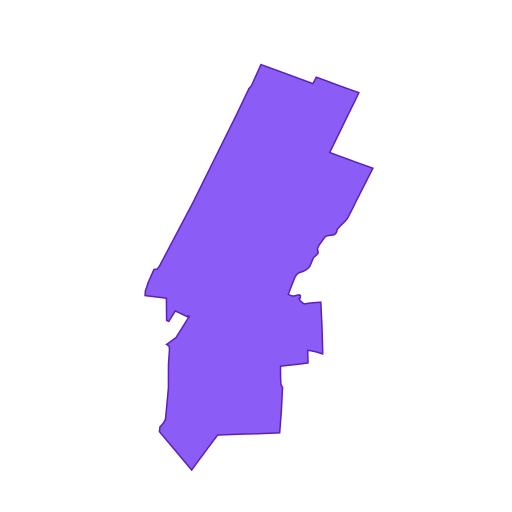 the district of Nanov, Teleorman, Romania, rotated 153°
{"feature_id": "2599482B59820157920356", "entity_name": "Nanov", "entity_type": "district", "adm_level": 2, "iso_a3": "ROU", "parent_name": "Romania", "parent_adm1": "Teleorman", "projection": "robinson", "projection_center": [25.25, 43.959], "detail": "fine", "context": "isolated", "style": "filled", "palette": "violet", "viewbox_px": 512, "rotation_deg": 153, "n_neighbors": 0, "source": "geoboundaries", "source_scale": "gbopen_adm2", "svg_char_len": 1765}
<svg xmlns="http://www.w3.org/2000/svg" viewBox="0 0 512 512"><g transform="rotate(153 256 256)"><path d="M410.5,94.5L409.6,95.0L408.5,95.5L405.6,97.0L397.7,101.0L395.4,102.1L386.0,106.8L371.5,113.9L349.8,103.9L335.1,96.8L315.2,87.7L305.0,104.3L301.3,110.7L300.2,112.6L298.8,115.0L295.8,120.3L294.0,123.5L292.4,126.1L292.0,126.8L292.1,128.5L292.1,130.2L289.6,135.9L287.2,140.7L284.2,146.7L264.5,139.3L258.2,137.1L252.8,148.4L250.7,147.1L248.7,145.5L245.9,143.2L241.1,138.5L240.4,139.7L230.1,161.3L223.0,177.0L219.2,185.4L222.0,186.6L228.8,189.4L234.9,191.5L235.8,193.3L236.8,195.8L237.1,198.4L235.7,198.5L234.4,200.6L235.2,201.9L240.6,203.2L242.7,204.7L244.7,207.1L240.9,210.6L234.8,216.0L231.2,219.2L228.3,221.0L226.5,221.4L224.3,221.5L221.6,220.9L218.5,220.9L215.3,221.4L212.7,222.4L209.7,224.9L205.6,228.4L202.1,229.3L199.8,230.1L199.0,230.9L198.4,233.0L197.8,234.9L194.8,237.1L191.0,239.0L186.3,241.5L184.7,241.8L183.6,241.8L181.2,241.0L178.5,240.0L176.6,239.4L174.8,239.9L172.9,241.1L172.5,242.0L171.5,242.8L168.2,244.2L163.8,245.6L159.8,246.9L156.8,248.4L148.1,254.7L142.6,258.9L112.0,281.1L123.6,293.4L139.1,310.1L143.3,314.8L107.9,341.5L106.8,342.3L98.5,348.5L91.0,354.2L90.7,354.5L90.2,354.8L91.2,355.9L92.7,357.5L97.7,362.7L102.3,367.6L121.1,388.0L127.0,383.7L157.4,416.5L164.7,424.3L173.9,416.9L181.0,411.2L183.2,409.5L186.1,408.5L204.5,394.4L208.0,391.7L218.7,383.7L236.1,370.8L287.4,332.6L346.5,290.9L349.9,289.2L353.1,290.3L364.0,281.4L370.6,274.9L372.8,271.1L355.0,259.1L364.9,239.2L363.4,237.3L352.9,243.7L344.5,232.8L343.8,233.5L342.9,232.5L364.4,219.6L375.8,217.8L374.3,215.2L375.6,211.9L383.3,199.0L394.0,178.1L410.2,152.5L411.4,151.1L414.4,149.2L419.2,147.3L421.8,143.4L410.5,94.5Z" fill="#8b5cf6" stroke="#5b21b6" stroke-width="1.5"/></g></svg>